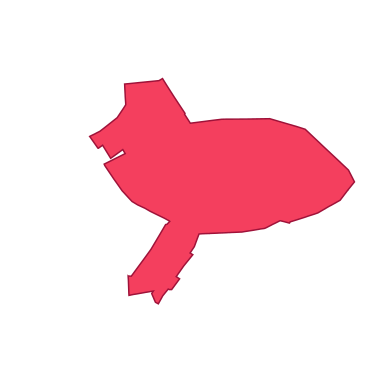 the district of Dudestii Vechi, Timis, Romania, rotated 309°
{"feature_id": "2599482B33662802987078", "entity_name": "Dudestii Vechi", "entity_type": "district", "adm_level": 2, "iso_a3": "ROU", "parent_name": "Romania", "parent_adm1": "Timis", "projection": "equal_earth", "projection_center": [20.432, 46.07], "detail": "fine", "context": "isolated", "style": "filled", "palette": "rose", "viewbox_px": 384, "rotation_deg": 309, "n_neighbors": 0, "source": "geoboundaries", "source_scale": "gbopen_adm2", "svg_char_len": 2147}
<svg xmlns="http://www.w3.org/2000/svg" viewBox="0 0 384 384"><g transform="rotate(309 192 192)"><path d="M292.6,311.9L302.1,311.9L305.6,304.1L307.5,299.8L308.7,284.1L310.2,263.4L312.0,240.5L309.2,233.3L297.9,206.3L284.1,189.8L283.6,189.2L276.6,180.7L270.0,172.6L267.2,169.3L260.4,162.7L244.4,147.4L247.7,137.4L248.7,137.1L252.1,126.3L254.7,118.1L258.8,105.8L261.6,97.7L257.9,96.3L257.7,96.2L233.5,71.7L233.4,71.8L228.8,75.9L225.7,78.7L224.1,80.1L222.8,81.3L219.8,84.1L218.1,85.6L213.6,86.1L204.9,86.9L202.7,87.1L186.7,83.5L181.2,82.2L179.4,81.4L178.1,80.8L176.2,80.0L174.9,79.4L173.0,78.5L171.0,77.6L170.8,77.5L166.9,91.2L166.9,91.5L167.1,91.7L172.1,93.1L167.0,107.6L181.4,111.5L179.8,115.9L158.4,106.2L157.7,107.5L156.3,112.0L154.5,117.9L152.9,123.1L151.6,127.8L149.0,136.9L147.6,146.3L146.9,151.4L147.8,157.9L149.5,164.7L149.6,164.8L150.7,171.7L152.3,178.7L154.2,186.8L155.0,191.2L155.2,192.4L155.2,193.2L151.2,192.9L150.1,192.0L138.9,193.7L121.6,196.2L112.5,196.7L88.4,197.8L86.6,195.4L86.6,195.2L86.1,195.6L83.4,198.1L74.2,206.1L72.3,207.8L72.0,208.1L73.5,209.3L75.7,211.1L78.0,213.2L80.2,215.1L82.6,217.2L84.6,218.9L86.6,220.7L88.8,222.6L90.7,224.3L87.7,224.6L86.6,226.7L85.4,229.0L84.3,231.0L83.3,233.0L83.9,236.2L90.8,235.0L92.8,234.6L101.6,234.6L101.9,235.8L103.4,237.6L116.7,237.0L116.3,233.0L129.5,232.1L143.8,232.1L143.4,228.9L151.0,228.2L160.1,225.1L163.8,223.9L165.9,226.1L168.8,229.4L170.9,231.9L171.0,231.9L171.8,232.8L174.5,235.9L177.1,238.8L179.9,242.0L182.4,244.8L182.8,245.2L184.8,247.5L185.3,248.0L187.2,250.2L190.4,253.8L191.8,255.4L192.2,255.9L193.8,257.3L194.7,258.1L197.0,260.2L199.3,262.3L201.2,264.0L202.8,265.4L204.3,266.7L204.5,266.9L204.6,267.0L206.4,268.5L209.0,271.0L209.7,271.5L211.5,272.4L213.6,273.3L214.7,273.8L216.5,274.6L217.3,274.9L220.0,276.2L223.3,277.7L224.9,278.4L225.1,278.5L225.7,279.7L226.8,282.0L228.8,286.5L229.0,286.9L229.2,287.3L229.3,287.3L230.6,287.1L232.2,288.2L235.5,290.4L240.2,293.5L243.4,295.6L246.3,297.4L249.2,299.3L252.1,301.2L255.0,303.0L267.5,307.7L269.0,308.4L278.8,312.3L285.0,312.1L291.7,311.9L291.7,312.0L292.6,311.9Z" fill="#f43f5e" stroke="#9f1239" stroke-width="1.5"/></g></svg>